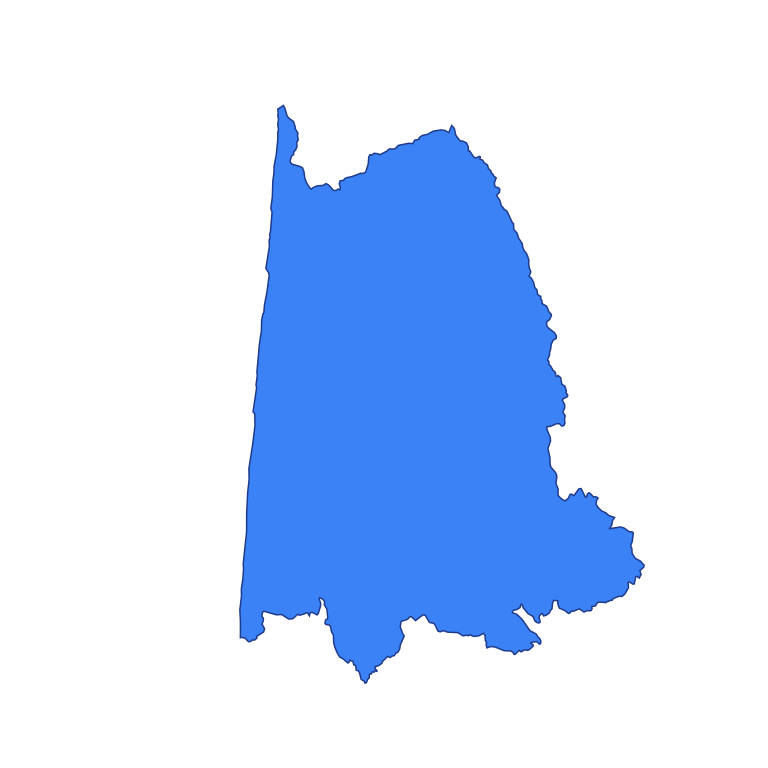 outline of Manakara Atsimo, Vatovavy-Fitovinany, Madagascar, rotated 165°
{"feature_id": "10022922B29911348985828", "entity_name": "Manakara Atsimo", "entity_type": "district", "adm_level": 2, "iso_a3": "MDG", "parent_name": "Madagascar", "parent_adm1": "Vatovavy-Fitovinany", "projection": "natural_earth1", "projection_center": [47.828, -21.964], "detail": "fine", "context": "isolated", "style": "filled", "palette": "blue", "viewbox_px": 768, "rotation_deg": 165, "n_neighbors": 0, "source": "geoboundaries", "source_scale": "gbopen_adm2", "svg_char_len": 6149}
<svg xmlns="http://www.w3.org/2000/svg" viewBox="0 0 768 768"><g transform="rotate(165 384 384)"><path d="M187.7,130.5L185.0,133.4L185.1,137.6L180.6,139.8L179.6,141.6L182.2,146.7L186.3,150.4L188.2,156.0L187.2,160.8L187.6,163.9L185.0,167.6L181.8,175.4L182.4,176.8L185.6,178.1L189.2,182.6L192.6,184.7L203.4,185.9L200.3,189.1L198.7,192.8L195.8,195.4L200.8,198.7L203.1,202.2L206.7,205.1L209.4,209.8L210.3,213.1L208.7,216.7L206.9,218.1L206.8,218.8L208.7,220.3L211.0,220.8L213.1,224.9L214.3,225.9L216.0,225.0L217.8,222.4L218.8,222.8L220.7,232.0L223.1,232.2L229.0,227.3L230.0,227.3L230.9,228.9L232.9,229.2L235.4,226.0L239.6,224.2L242.6,227.5L244.7,231.4L243.0,237.6L243.7,243.4L241.3,249.0L240.8,251.6L241.3,254.2L244.3,260.4L244.3,263.8L242.7,270.1L242.4,279.3L237.9,285.8L237.2,289.4L238.3,297.3L238.0,300.5L233.6,300.1L227.5,301.0L224.7,300.2L223.5,297.8L222.3,297.1L220.6,297.6L219.5,299.1L218.6,303.9L217.2,306.3L218.5,310.7L215.8,313.9L215.1,316.1L214.9,318.2L216.0,322.1L214.7,323.3L210.4,324.2L209.4,325.4L210.4,328.6L209.6,330.3L209.8,335.1L212.3,337.7L211.7,344.4L213.7,347.2L214.9,346.4L215.9,347.5L215.5,351.0L217.2,353.5L218.4,358.1L219.7,360.6L218.8,362.9L219.9,365.0L216.5,369.2L216.1,371.3L214.1,374.3L212.1,379.2L209.3,382.5L205.8,383.5L205.0,385.7L206.1,389.5L210.6,395.4L211.7,398.0L211.0,401.7L207.3,403.4L204.6,406.7L204.4,408.1L206.0,411.0L206.7,417.0L210.5,420.8L209.9,423.6L210.6,426.4L209.8,428.0L211.5,429.3L212.4,431.3L211.9,435.3L213.4,438.3L213.2,443.1L214.2,447.9L215.9,450.6L213.2,454.3L213.6,458.4L213.2,462.5L212.0,466.1L212.2,470.2L212.6,473.2L214.2,476.7L214.6,480.4L214.1,483.8L216.2,489.9L216.4,495.2L218.6,499.5L217.4,505.5L218.3,506.6L220.3,518.3L221.2,520.3L223.0,521.8L222.8,522.5L224.5,525.7L224.7,531.9L226.1,535.8L226.3,537.3L222.8,539.3L221.8,542.3L222.6,543.8L225.5,545.7L225.7,546.8L225.3,549.7L222.3,554.1L224.1,556.4L224.5,558.6L225.6,560.0L225.6,562.3L227.3,565.0L227.4,568.9L230.0,571.7L230.7,574.6L233.1,576.4L232.2,578.5L232.9,579.2L237.2,578.5L238.8,580.6L240.9,586.9L242.1,587.4L241.2,591.6L242.0,595.7L245.7,598.6L246.5,598.4L248.2,600.4L250.3,605.8L249.9,612.6L251.7,616.1L256.4,610.1L259.6,613.2L263.3,614.7L270.8,615.5L277.5,613.9L282.3,614.2L285.1,613.4L286.7,612.3L287.2,611.2L291.0,611.7L294.2,608.7L297.6,610.1L308.3,610.8L312.1,608.6L313.5,608.4L318.1,609.7L321.2,608.1L329.0,606.5L330.0,607.8L333.7,609.4L337.1,608.3L338.2,609.2L340.0,607.2L342.3,600.6L346.7,593.6L349.8,592.7L351.6,593.6L362.0,592.6L366.6,593.0L368.8,592.5L370.3,591.2L373.8,591.6L375.4,589.0L375.4,584.5L376.3,583.0L377.9,584.2L380.1,583.3L382.7,584.1L385.7,590.2L388.1,592.6L391.6,591.6L397.1,592.7L401.5,592.1L403.6,591.1L405.1,593.0L406.8,599.0L407.2,603.3L406.4,609.7L406.7,613.7L408.8,615.9L415.9,620.1L417.1,622.4L416.8,624.1L414.2,628.1L411.9,629.0L411.4,631.1L408.5,633.3L406.4,636.1L406.0,639.7L403.8,641.8L403.1,647.1L402.2,648.6L403.6,653.4L403.2,655.4L403.6,661.1L407.4,665.9L408.2,668.1L408.4,676.1L409.1,679.1L415.5,677.0L416.0,673.4L417.1,671.0L417.4,667.0L419.5,662.1L419.9,658.2L420.7,655.3L421.4,654.9L423.0,648.5L428.8,633.1L433.5,623.5L436.1,615.2L438.8,609.0L443.5,593.4L447.8,583.2L447.7,578.8L454.3,560.4L455.7,558.0L456.2,554.9L457.8,552.5L459.0,546.8L468.2,526.2L466.7,521.4L466.8,518.7L473.5,502.6L479.0,491.4L481.5,484.2L482.7,483.2L485.6,477.5L488.6,467.3L494.2,454.3L503.6,428.6L504.3,424.9L507.9,416.0L508.0,413.4L517.7,391.0L516.6,388.5L519.4,377.2L526.2,360.3L536.3,337.5L539.1,326.4L543.8,314.4L550.3,294.0L555.0,276.7L566.4,247.1L567.7,241.2L570.7,232.5L574.8,223.0L576.7,215.6L581.7,203.2L584.2,191.5L588.4,176.1L586.5,175.9L583.9,174.3L581.7,170.3L580.2,169.7L577.4,170.7L575.1,170.2L572.6,171.4L572.3,173.1L564.4,175.7L562.7,178.5L563.9,183.5L561.8,186.8L561.1,189.1L562.2,191.2L560.5,194.8L558.9,195.6L547.6,188.9L542.5,187.8L536.9,181.6L532.9,180.9L527.0,183.8L525.4,182.5L520.6,182.5L518.3,183.2L517.0,182.5L516.1,179.4L514.7,182.0L512.5,182.0L508.4,178.3L506.9,179.3L502.6,186.2L501.9,189.1L502.3,192.9L501.5,194.3L498.9,192.0L497.6,189.1L498.9,186.4L497.4,181.3L498.8,173.0L499.2,171.9L501.4,171.3L502.9,168.4L502.4,166.8L499.2,165.3L498.5,163.6L498.8,158.1L497.8,154.8L499.6,147.1L499.6,142.1L498.7,135.9L497.5,131.9L494.1,128.4L491.3,124.0L490.2,123.9L488.6,126.1L485.8,123.9L485.9,120.4L484.8,120.1L484.3,119.2L484.9,114.6L483.1,113.6L482.4,111.6L482.5,104.5L480.2,102.3L479.8,99.9L478.1,100.2L476.6,102.6L474.3,104.0L473.3,107.4L471.1,107.3L469.7,109.1L468.3,108.2L466.8,109.2L465.2,108.3L465.0,109.1L466.3,111.3L465.7,113.2L462.2,113.3L458.4,114.7L457.2,116.4L451.1,119.9L448.7,118.2L446.8,119.1L444.4,119.0L442.2,120.9L439.8,121.5L437.5,123.9L435.7,127.9L429.7,135.3L430.5,138.0L431.2,145.0L429.6,149.0L428.6,150.3L423.3,150.5L421.3,151.0L419.7,152.5L417.6,152.0L414.8,147.3L406.3,150.9L404.0,149.9L401.8,141.9L398.0,140.1L397.1,138.5L395.9,131.5L394.0,130.1L390.5,130.4L387.1,128.0L377.0,124.7L372.9,120.3L368.9,119.9L367.6,119.0L365.4,119.5L364.0,117.8L362.1,116.8L357.4,116.2L352.5,117.4L351.5,115.1L352.5,109.9L351.8,107.8L352.7,106.3L352.9,102.5L348.8,102.8L344.6,101.1L337.0,95.3L330.6,93.3L328.8,91.4L328.5,89.4L327.5,88.9L322.2,91.7L321.3,90.1L320.3,89.8L317.5,90.9L314.0,89.5L312.1,90.0L307.6,92.3L307.5,93.6L309.3,95.6L308.4,96.3L303.4,95.7L300.9,92.3L299.8,93.0L299.0,95.0L299.4,97.8L300.8,99.9L301.7,103.1L306.9,108.0L311.1,119.9L313.9,125.0L315.5,127.3L319.1,129.9L318.8,131.2L317.7,131.8L313.9,131.8L310.6,132.8L308.5,135.8L307.6,135.3L307.3,131.4L304.3,124.9L300.2,120.9L299.5,115.8L297.7,113.7L296.2,113.1L295.0,113.3L294.7,114.4L294.6,118.5L293.8,119.9L291.2,121.5L290.5,121.1L289.8,118.6L287.1,118.7L283.4,120.1L282.5,121.6L280.0,123.2L277.7,129.1L276.2,131.1L272.2,129.7L273.1,126.9L272.7,122.2L267.8,118.2L265.2,114.6L263.5,114.8L262.1,116.1L259.2,115.5L254.8,116.2L253.0,115.7L249.8,111.9L246.9,112.5L242.8,111.5L241.3,112.8L240.9,115.3L237.2,114.9L234.4,117.6L232.2,117.5L226.1,115.4L225.6,116.1L223.0,115.9L222.6,116.4L219.5,116.1L219.0,117.0L215.9,117.7L212.2,118.1L208.9,117.3L205.6,118.9L200.6,123.9L199.6,129.1L198.4,129.4L195.4,126.3L194.0,126.1L190.8,132.5L189.5,132.8L187.7,130.5Z" fill="#3b82f6" stroke="#1e3a8a" stroke-width="1.5"/></g></svg>